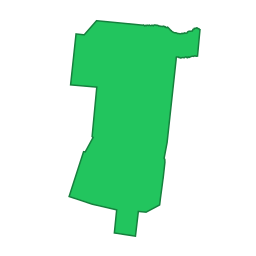 the district of Santa Rosa, Mendoza, Argentina, rotated 186°
{"feature_id": "61730980B20079308616386", "entity_name": "Santa Rosa", "entity_type": "district", "adm_level": 2, "iso_a3": "ARG", "parent_name": "Argentina", "parent_adm1": "Mendoza", "projection": "robinson", "projection_center": [-68.23, -33.529], "detail": "fine", "context": "isolated", "style": "filled", "palette": "green", "viewbox_px": 256, "rotation_deg": 186, "n_neighbors": 0, "source": "geoboundaries", "source_scale": "gbopen_adm2", "svg_char_len": 2399}
<svg xmlns="http://www.w3.org/2000/svg" viewBox="0 0 256 256"><g transform="rotate(186 128 128)"><path d="M189.5,216.1L189.6,164.9L163.3,165.4L162.8,115.7L161.7,115.0L168.0,99.8L169.7,99.8L179.4,53.7L155.7,48.5L130.7,45.4L130.6,22.2L109.3,21.2L109.0,46.1L101.2,46.2L88.5,54.8L88.4,61.6L88.0,75.2L87.9,80.0L87.8,82.0L87.7,97.6L88.1,100.6L88.4,101.0L88.7,101.3L88.9,101.6L88.9,102.0L87.6,117.6L87.3,200.6L87.4,203.5L87.1,203.7L86.8,203.8L86.3,203.7L86.0,203.8L85.5,203.9L85.2,203.8L84.8,203.4L84.5,203.3L84.2,203.5L83.7,203.5L83.3,203.2L83.0,203.1L82.3,203.3L82.1,203.5L81.6,203.7L81.1,203.8L80.6,203.9L79.8,203.7L79.2,203.8L78.6,204.5L77.9,204.8L77.6,204.7L77.3,204.5L77.0,204.4L76.5,204.0L76.1,204.1L75.8,204.2L75.6,204.5L75.7,204.8L75.3,205.0L74.8,204.8L74.5,204.9L74.3,204.7L73.5,205.2L73.0,205.6L72.6,205.7L72.1,205.9L71.5,206.1L71.1,206.2L70.8,206.2L70.6,206.1L70.1,206.1L69.8,206.3L69.5,206.6L69.2,206.8L68.7,206.8L68.0,206.5L67.5,206.5L67.2,206.6L66.9,206.8L66.4,206.8L66.7,233.2L67.1,233.1L67.4,233.6L67.6,233.9L67.9,234.2L68.7,234.2L69.1,234.3L69.4,234.7L70.2,234.8L70.7,234.6L70.8,234.2L71.2,234.2L72.5,234.0L72.5,233.5L72.6,233.2L73.1,233.1L73.6,232.9L73.8,232.4L73.9,231.9L74.1,231.3L74.8,231.0L75.4,231.0L75.8,230.7L76.4,230.7L77.2,230.7L77.9,230.4L78.4,230.1L78.8,229.7L78.9,229.1L79.4,228.7L79.6,228.6L80.1,228.3L80.7,228.3L81.2,228.5L81.7,228.5L81.9,228.2L82.4,227.8L83.0,228.0L83.4,227.9L83.6,227.6L83.9,227.5L84.5,227.7L85.3,227.2L85.8,227.1L86.6,227.1L87.3,227.3L88.1,227.1L88.7,227.1L89.0,227.3L89.4,227.6L90.1,227.6L90.8,227.7L91.4,227.6L92.1,227.6L92.7,228.0L93.4,228.1L94.5,228.7L94.9,228.9L95.1,229.4L95.6,229.4L96.0,229.6L96.1,229.9L96.5,230.3L97.5,231.1L97.9,231.5L99.1,232.4L99.4,232.0L99.9,231.8L100.4,232.0L101.3,232.5L101.5,232.1L102.9,233.0L103.2,233.0L103.6,232.9L103.9,232.5L104.4,232.5L104.8,232.7L106.0,232.4L106.6,232.7L107.2,232.8L107.7,232.5L108.2,232.7L108.8,233.1L109.3,233.2L110.1,233.3L110.5,233.0L111.0,233.2L111.9,233.3L112.5,233.2L112.9,233.1L113.3,232.7L113.6,232.3L114.1,232.5L114.9,232.8L115.2,232.5L115.8,232.2L116.2,232.1L116.8,232.2L117.2,232.5L117.7,232.6L118.0,232.3L118.3,232.0L119.6,232.3L120.2,232.1L120.4,231.7L120.9,231.9L121.3,231.9L121.5,231.6L121.9,231.3L122.3,231.3L122.7,231.8L123.1,232.0L123.4,232.1L123.7,232.0L124.0,231.8L160.8,231.5L170.5,231.4L181.3,216.1L189.5,216.1Z" fill="#22c55e" stroke="#15803d" stroke-width="1.5"/></g></svg>